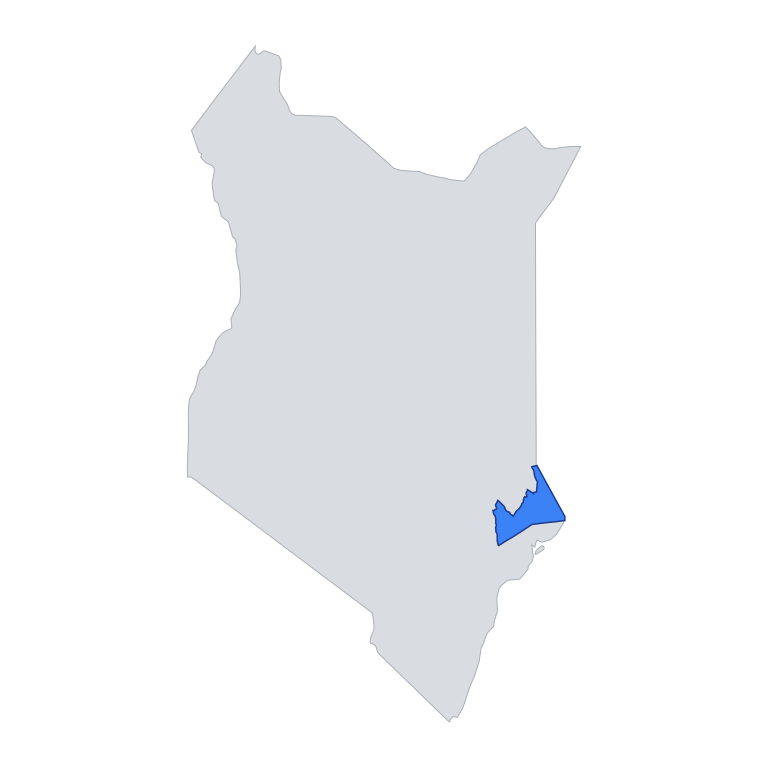 location of Ijara, North-Eastern, Kenya
{"feature_id": "3690345B80004125723360", "entity_name": "Ijara", "entity_type": "district", "adm_level": 2, "iso_a3": "KEN", "parent_name": "Kenya", "parent_adm1": "North-Eastern", "projection": "equal_earth", "projection_center": [40.405, -1.432], "detail": "fine", "context": "in_parent", "style": "filled", "palette": "blue", "viewbox_px": 768, "rotation_deg": 0, "n_neighbors": 0, "source": "geoboundaries", "source_scale": "gbopen_adm2", "svg_char_len": 7520}
<svg xmlns="http://www.w3.org/2000/svg" viewBox="0 0 768 768"><path d="M187.5,477.0L187.3,465.7L188.5,436.9L188.3,411.6L189.4,399.0L194.0,390.9L196.2,385.1L197.7,377.0L200.1,370.3L205.6,364.9L206.6,361.9L212.5,352.9L216.0,341.3L218.6,337.4L221.9,333.7L224.2,331.8L228.0,329.9L231.0,328.8L231.6,327.9L231.8,326.0L230.9,318.8L232.1,316.4L234.2,311.6L236.5,307.2L238.6,304.3L239.8,301.4L240.4,296.3L240.5,292.7L240.4,286.9L239.8,273.6L237.3,262.4L235.8,250.0L237.0,245.9L235.0,238.6L234.1,238.2L232.5,236.6L230.5,229.7L229.0,223.4L228.0,221.8L221.4,216.3L218.2,203.4L214.5,200.5L212.5,187.6L212.1,184.0L214.3,171.1L214.1,168.2L211.9,165.5L205.7,162.7L200.7,157.4L201.3,155.6L201.7,153.6L199.0,152.3L191.4,130.4L201.4,117.2L211.4,103.8L224.2,87.0L236.0,71.4L246.2,58.0L255.3,46.1L255.0,48.4L255.1,51.4L256.2,53.2L258.0,54.5L260.6,53.2L262.9,51.3L265.1,50.9L278.7,55.9L281.0,60.2L280.8,64.9L281.4,68.3L280.3,71.7L279.2,82.0L279.5,91.4L283.5,98.4L287.2,103.9L290.0,111.6L292.2,114.0L295.1,115.2L304.5,115.5L318.3,116.0L331.6,116.5L332.8,116.7L335.7,117.7L347.9,128.1L359.1,137.6L368.6,145.9L377.8,154.0L386.8,161.8L393.7,168.3L400.6,170.3L411.7,171.2L419.4,171.5L426.5,174.2L437.1,176.8L445.0,178.1L449.8,179.6L463.1,181.1L465.2,180.2L471.1,173.0L477.6,161.3L480.2,154.8L488.7,148.4L503.5,139.5L514.0,133.2L525.6,126.9L530.9,132.4L538.2,141.2L541.5,145.5L544.1,147.5L548.1,148.7L552.9,148.8L555.5,148.6L560.9,147.4L573.5,146.4L580.7,146.5L574.7,158.2L567.4,172.2L554.0,198.0L543.9,211.5L536.2,221.8L535.5,223.6L535.5,235.1L535.6,263.0L535.7,319.0L535.9,375.0L536.1,430.9L536.2,458.9L536.2,468.3L542.9,480.1L549.5,491.5L558.3,506.8L562.9,514.9L563.7,517.6L563.5,523.1L556.3,534.5L550.4,539.7L542.5,542.1L540.1,541.7L537.0,540.0L535.8,542.8L534.9,547.0L533.1,546.1L531.8,544.9L532.6,552.4L533.4,556.2L532.2,561.2L528.4,565.6L528.0,569.3L519.7,579.1L507.9,580.2L501.7,585.0L498.9,589.0L496.8,597.7L497.5,610.9L494.3,621.2L493.6,626.3L487.5,632.9L484.8,639.0L482.8,645.2L481.1,647.9L479.1,661.8L476.2,670.2L475.4,673.0L474.7,675.6L472.5,680.5L471.1,683.9L470.1,686.1L462.9,707.7L457.3,717.5L452.9,716.4L450.0,720.1L449.7,721.9L448.1,720.9L444.4,717.4L436.9,710.0L429.3,702.7L421.8,695.4L414.2,688.0L406.6,680.7L399.1,673.4L391.5,666.1L383.9,658.7L379.5,654.4L377.5,651.9L376.0,646.8L375.2,645.6L373.2,644.0L370.9,643.6L370.2,642.7L370.2,640.2L371.0,636.7L373.8,630.0L374.1,626.0L373.5,621.5L372.7,614.3L371.9,612.7L366.9,608.9L356.4,601.0L345.9,593.1L335.4,585.2L324.8,577.3L314.3,569.4L303.8,561.5L293.3,553.6L282.8,545.7L272.3,537.8L261.8,529.9L251.3,522.0L240.8,514.1L230.2,506.2L219.7,498.3L209.2,490.4L198.7,482.5L194.8,479.6L191.2,477.0L187.5,477.0ZM536.9,553.8L535.1,554.4L536.1,550.6L541.5,545.7L543.7,546.8L544.1,547.9L544.0,548.9L543.0,549.9L536.9,553.8Z" fill="#d9dde1" stroke="#a8b0b8" stroke-width="1"/><path d="M493.0,510.4L493.1,510.6L493.1,510.8L493.2,511.5L493.3,511.9L493.3,512.0L493.3,512.3L493.4,512.5L493.4,512.9L493.5,513.1L493.6,513.4L493.7,513.8L493.8,514.0L493.9,514.4L494.0,514.5L494.2,514.8L494.3,515.0L494.6,515.3L494.8,515.6L495.0,515.8L495.1,516.0L495.3,516.4L495.3,516.6L495.4,516.9L495.4,517.0L495.5,517.4L495.6,517.7L495.7,518.0L495.7,518.5L495.8,518.9L495.8,519.3L495.8,519.8L495.8,520.2L495.8,520.6L495.8,521.1L495.8,521.5L495.7,522.2L495.7,522.4L495.7,522.6L495.7,522.8L495.7,523.0L495.8,523.3L495.8,523.6L495.9,523.8L496.0,524.0L496.1,524.3L496.2,524.5L496.3,524.7L496.3,524.8L496.3,525.0L496.3,525.4L496.3,525.5L496.2,525.9L496.2,526.0L496.0,526.5L495.9,526.8L495.8,527.0L495.8,527.3L495.7,527.4L495.7,527.5L495.7,528.1L495.8,528.4L495.8,528.6L495.8,528.9L495.8,529.0L495.8,529.3L495.9,530.1L496.0,530.2L496.0,530.5L495.9,530.6L495.9,530.8L495.9,531.2L496.0,531.4L496.0,531.5L496.0,531.8L496.1,532.0L496.2,532.4L496.3,532.5L496.6,532.9L496.7,533.0L496.9,533.4L497.0,533.6L497.0,533.8L497.1,534.0L497.2,534.3L497.2,534.5L497.2,534.8L497.2,535.1L497.2,535.8L497.2,536.1L497.2,536.3L497.2,536.9L497.2,537.9L497.2,538.2L497.3,538.6L497.3,539.1L497.3,539.3L497.2,539.7L497.2,539.9L497.2,540.1L497.1,540.3L497.1,540.5L497.2,540.8L497.2,541.0L497.3,541.1L497.4,541.4L497.4,541.5L497.5,541.6L497.6,541.9L497.6,542.1L497.7,542.3L497.7,542.5L497.7,542.9L497.6,543.2L497.6,543.3L497.8,543.6L497.9,543.9L497.9,544.0L498.0,544.2L498.1,544.3L498.2,544.8L498.3,545.1L498.3,545.3L498.4,545.5L498.7,545.6L499.3,545.2L500.3,544.5L500.5,544.4L500.8,544.2L501.1,544.1L501.9,543.6L502.0,543.5L502.2,543.3L502.7,543.0L503.3,542.6L504.1,542.1L504.4,541.9L505.7,541.1L505.9,541.0L506.2,540.8L507.8,539.8L509.8,538.7L512.0,537.4L512.6,537.1L513.6,536.4L515.8,535.0L520.0,532.3L522.2,530.9L523.1,530.2L524.2,529.7L524.4,529.4L527.2,527.6L528.2,526.9L529.2,526.3L529.6,526.0L529.9,525.8L530.3,525.5L530.7,525.3L531.4,524.8L531.6,524.7L531.9,524.5L534.6,524.1L535.0,524.1L538.1,523.7L539.6,523.5L541.0,523.3L545.3,522.8L549.2,522.4L553.9,521.9L559.1,521.3L561.2,521.0L563.5,520.7L564.9,520.6L564.9,516.7L564.8,516.4L548.1,486.0L542.6,475.9L536.9,465.5L531.9,466.7L531.7,466.8L531.8,467.0L531.9,467.3L532.1,467.8L532.3,468.1L532.4,468.3L532.6,468.6L532.8,468.9L533.1,469.4L533.4,469.9L533.5,470.2L533.7,470.5L533.8,470.9L533.9,471.0L534.0,471.6L534.1,472.1L534.1,472.4L534.1,472.7L534.2,473.1L534.2,473.5L534.3,473.8L534.4,474.6L534.4,474.9L534.5,475.2L534.6,475.6L534.7,476.1L534.9,476.7L535.0,476.9L535.1,477.4L535.2,477.6L535.3,477.7L535.5,478.0L535.6,478.3L535.6,478.5L535.8,478.7L535.9,478.8L536.0,479.2L536.1,479.4L536.1,479.6L536.7,480.5L537.4,481.8L537.4,482.0L536.5,491.8L533.7,492.5L533.6,494.3L533.6,494.0L533.5,493.9L533.4,493.7L533.2,493.4L533.0,493.1L527.5,489.7L527.5,489.8L527.5,490.0L527.4,490.3L527.3,490.5L527.2,490.9L527.2,491.1L527.0,491.3L526.9,491.5L526.7,491.9L526.5,492.1L526.4,492.3L526.3,492.5L526.2,492.8L526.1,493.1L526.1,493.3L526.1,493.5L526.1,493.8L526.2,494.0L526.3,494.4L526.3,494.5L526.5,494.9L526.6,495.0L526.6,495.6L526.8,495.9L526.9,496.2L527.0,496.5L526.9,496.7L526.6,496.8L526.4,496.9L526.3,497.0L526.2,497.0L525.9,497.0L525.7,497.1L525.4,497.0L525.2,497.0L525.0,496.9L524.8,496.8L524.7,496.7L524.5,496.8L524.4,497.0L524.3,497.3L524.1,497.5L524.0,497.8L523.9,498.0L523.9,498.3L523.9,498.6L523.9,498.8L523.8,499.0L523.5,499.4L523.4,499.5L523.4,499.9L523.4,500.0L523.4,500.7L523.4,500.9L523.4,501.1L523.4,501.3L523.3,501.5L523.3,501.9L523.3,502.1L523.2,502.1L523.1,502.3L522.9,502.5L522.7,502.7L522.6,502.8L522.0,503.5L521.9,503.6L521.8,503.8L521.8,504.0L521.8,504.3L521.7,504.3L521.5,504.7L521.4,504.8L521.2,505.3L521.1,505.6L521.0,505.8L521.0,506.0L520.9,506.2L520.8,506.3L520.7,506.5L520.5,506.9L520.3,507.0L520.0,507.3L519.9,507.4L519.7,507.8L519.6,508.0L519.4,508.3L519.2,508.5L518.8,508.8L518.7,509.0L518.3,509.4L517.9,509.8L517.7,510.0L517.3,510.3L517.1,510.4L516.9,510.6L516.5,511.1L516.4,511.2L516.3,511.3L516.1,511.4L513.2,516.3L512.9,516.2L512.8,515.8L512.7,515.7L512.6,515.4L512.4,515.3L512.3,515.2L512.2,515.2L511.9,515.0L511.7,514.9L511.4,514.7L511.2,514.7L510.9,514.5L510.8,514.4L510.7,514.3L510.5,514.1L510.4,514.0L510.3,513.9L510.1,513.4L510.1,513.2L509.8,512.9L509.7,512.8L509.6,512.6L509.4,512.3L509.2,512.2L507.8,511.6L506.4,511.0L506.2,510.7L506.0,510.4L505.9,510.2L505.8,509.9L505.7,509.8L505.5,509.5L505.4,509.2L505.3,508.8L505.2,508.7L505.0,508.2L504.9,508.0L504.8,507.9L504.5,507.3L504.4,507.1L504.3,506.9L504.1,506.3L499.8,502.1L499.6,501.9L498.4,500.7L497.9,500.3L495.6,504.8L495.5,505.1L496.7,508.6L494.8,510.0L494.7,510.1L494.5,510.3L494.4,510.3L494.2,510.3L493.9,510.4L493.6,510.3L493.0,510.4Z" fill="#3b82f6" stroke="#1e3a8a" stroke-width="1.5"/></svg>